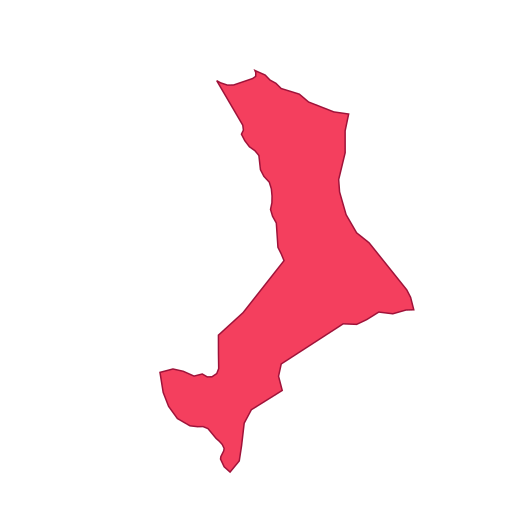 outline of Amuru, rotated 328°
{"feature_id": "UGA-5601", "entity_name": "Amuru", "entity_type": "District", "adm_level": 1, "iso_a3": "UGA", "parent_name": "Uganda", "parent_adm1": "", "projection": "natural_earth1", "projection_center": [31.868, 3.088], "detail": "fine", "context": "isolated", "style": "filled", "palette": "rose", "viewbox_px": 512, "rotation_deg": 328, "n_neighbors": 0, "source": "natural_earth", "source_scale": "10m", "svg_char_len": 1221}
<svg xmlns="http://www.w3.org/2000/svg" viewBox="0 0 512 512"><g transform="rotate(328 256 256)"><path d="M347.2,103.7L350.9,103.5L353.0,100.4L353.4,98.1L359.7,107.5L361.1,114.2L364.4,120.1L366.1,127.3L378.5,141.7L382.2,153.3L398.3,175.0L409.8,184.7L397.9,197.1L386.3,215.7L366.6,235.0L360.8,246.0L354.3,268.7L353.6,289.7L358.9,304.8L365.9,364.6L365.2,373.0L361.3,385.2L354.6,381.3L341.4,377.5L330.4,368.6L316.1,368.6L305.1,367.3L294.0,359.7L220.2,360.9L211.4,369.9L207.0,383.9L170.6,383.9L157.4,391.5L143.1,409.4L133.2,420.9L119.5,425.5L117.3,417.9L118.3,409.4L119.9,407.5L125.3,404.2L127.0,402.3L127.5,398.0L126.7,393.6L125.5,389.6L123.8,376.9L120.7,372.6L116.0,369.8L110.0,365.0L103.2,352.2L102.2,337.2L105.0,322.5L112.9,303.8L125.7,307.8L133.2,315.2L139.8,325.0L147.9,327.6L150.6,332.7L154.6,335.1L160.4,334.9L164.7,331.7L172.5,318.8L182.2,303.2L215.0,297.2L277.3,274.8L278.5,267.7L279.2,260.3L290.7,238.8L291.1,231.1L293.0,224.2L297.7,219.3L301.4,213.6L304.6,207.2L306.4,200.4L304.9,192.7L305.5,185.2L311.7,172.3L310.9,166.2L308.3,159.9L307.6,152.3L308.2,145.0L312.0,142.6L314.1,138.1L315.6,86.8L315.6,86.5L317.7,90.3L322.4,96.0L327.6,99.1L347.2,103.7Z" fill="#f43f5e" stroke="#9f1239" stroke-width="1.5"/></g></svg>